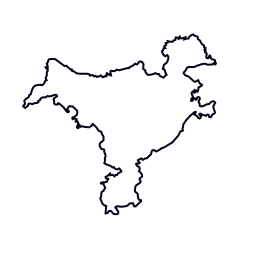 map outline of Haryana (Mercator projection), rotated 259°
{"feature_id": "IND-2430", "entity_name": "Haryana", "entity_type": "State", "adm_level": 1, "iso_a3": "IND", "parent_name": "India", "parent_adm1": "", "projection": "mercator", "projection_center": [76.236, 29.302], "detail": "fine", "context": "isolated", "style": "outline", "palette": "ink", "viewbox_px": 256, "rotation_deg": 259, "n_neighbors": 0, "source": "natural_earth", "source_scale": "10m", "svg_char_len": 5890}
<svg xmlns="http://www.w3.org/2000/svg" viewBox="0 0 256 256"><g transform="rotate(259 128 128)"><path d="M169.5,29.3L170.0,29.6L170.5,30.7L171.4,31.5L174.5,31.4L176.0,33.2L177.2,36.3L179.2,37.4L179.6,38.9L184.1,41.3L186.1,43.0L187.3,45.0L187.4,45.9L187.2,50.1L186.4,51.7L186.6,52.6L187.3,53.6L190.1,55.9L190.5,57.3L192.2,56.6L195.5,58.4L198.4,59.0L199.6,60.3L200.4,60.2L203.3,58.7L203.4,59.1L202.4,60.7L203.8,61.0L206.6,60.5L207.9,61.8L210.3,63.1L210.5,63.9L210.3,66.6L209.6,69.5L201.3,77.2L200.9,77.8L200.8,79.6L199.0,80.6L197.4,82.2L196.5,82.5L196.3,84.0L194.5,84.1L194.1,85.4L191.6,87.9L190.5,90.8L189.0,98.4L188.0,100.4L186.9,100.5L186.6,100.8L186.5,101.3L186.9,102.7L186.7,103.3L185.1,104.6L185.5,105.8L184.1,107.2L184.4,108.3L184.0,109.3L184.8,111.4L184.4,111.9L182.9,112.6L182.6,113.5L183.3,115.1L182.9,116.6L183.6,117.3L185.0,117.1L185.8,117.8L183.3,120.5L182.9,121.4L186.4,121.3L187.3,122.0L187.4,122.7L186.5,124.6L186.6,126.4L187.4,128.1L186.4,130.1L186.9,139.2L186.6,140.0L186.7,140.5L187.3,141.0L188.4,144.8L189.8,147.2L188.9,148.2L188.7,149.3L190.5,151.0L191.1,152.7L190.1,154.5L187.7,155.4L183.1,154.2L181.4,155.9L179.7,155.8L177.1,157.0L176.1,158.2L176.0,159.6L176.1,163.6L176.7,165.3L175.4,166.9L175.1,168.6L172.8,169.4L170.7,172.4L170.8,172.8L172.5,174.8L172.8,176.0L174.6,175.4L178.3,175.0L178.7,174.9L179.0,173.6L179.7,173.6L183.2,175.4L184.8,178.6L187.5,180.4L189.7,181.2L191.4,180.9L192.1,180.3L192.0,179.6L191.2,178.5L192.2,177.3L193.7,176.5L196.8,175.9L197.6,177.2L199.4,178.1L199.4,179.8L201.0,179.0L201.4,179.2L202.1,181.3L204.1,181.1L204.2,183.3L204.6,183.6L205.7,183.5L204.4,186.7L204.1,188.2L205.2,189.2L205.4,191.3L207.4,191.9L207.9,192.5L207.4,192.8L206.9,194.1L205.7,194.6L205.9,195.3L207.4,195.5L207.9,196.2L206.2,196.9L205.6,198.0L206.1,201.5L204.3,200.3L204.6,202.8L204.2,204.3L206.1,205.8L207.3,208.6L207.4,209.9L206.3,210.4L204.3,213.7L203.7,213.9L201.9,213.6L200.1,215.4L198.1,215.8L196.0,216.8L194.3,218.4L192.8,218.1L191.8,219.4L191.3,219.2L190.3,217.9L190.0,218.0L189.4,219.1L188.9,219.0L188.2,218.0L187.8,218.0L186.5,219.3L185.7,219.4L183.0,218.4L181.6,218.6L181.2,220.1L181.5,220.6L183.1,221.3L183.6,222.2L183.3,222.5L180.5,222.8L179.8,223.2L178.1,226.2L176.4,226.1L174.8,226.7L174.0,226.2L173.7,225.6L174.1,225.0L175.2,224.5L174.3,222.9L174.3,222.3L175.0,218.1L176.4,215.9L176.5,215.1L176.5,211.6L176.0,209.5L176.2,208.2L175.5,206.1L175.3,204.0L176.4,199.0L176.0,197.7L175.5,197.1L173.5,195.5L171.9,193.4L171.2,193.1L169.1,194.0L166.7,197.5L160.9,201.9L160.6,203.0L161.5,206.0L157.9,207.0L156.3,208.8L155.9,208.8L155.2,207.9L154.3,204.8L152.4,204.5L150.3,203.2L150.6,202.6L151.9,202.0L150.3,200.8L150.0,199.8L152.2,200.0L150.7,197.3L149.6,197.0L146.2,197.7L145.4,197.1L144.6,195.8L142.7,195.1L142.4,195.6L142.5,196.5L144.7,198.7L144.4,199.4L142.8,200.0L143.2,200.9L144.9,201.9L144.9,203.3L144.3,204.0L142.8,204.1L140.8,202.4L140.1,202.3L138.6,202.9L136.0,202.7L135.5,203.2L135.2,204.4L135.1,205.9L136.2,209.6L136.2,212.5L137.4,213.9L138.1,216.5L137.8,217.4L136.2,218.5L133.1,215.9L131.6,215.8L126.7,216.4L126.1,216.1L125.7,215.6L125.3,213.7L124.8,213.0L123.1,211.9L122.9,210.8L123.4,209.7L125.1,209.8L126.0,208.8L125.8,207.8L125.0,207.0L125.8,205.9L126.4,204.0L128.2,202.1L128.3,201.0L127.9,200.6L127.2,200.6L125.7,202.0L124.0,200.9L123.7,200.0L124.2,199.1L126.8,197.8L128.5,195.8L130.7,197.6L131.0,197.3L131.0,196.6L128.1,191.4L124.5,186.5L120.8,182.9L118.0,182.0L117.2,181.3L115.2,181.4L114.8,181.2L114.6,180.4L114.8,178.9L110.9,175.9L105.3,168.6L102.0,159.5L101.7,157.0L100.8,155.4L99.6,151.5L99.8,150.7L101.2,149.6L101.5,149.1L101.4,147.7L100.9,147.0L97.9,145.6L94.7,140.7L94.8,138.8L93.9,136.8L94.1,136.2L95.4,135.7L95.6,134.9L94.5,131.5L93.2,131.8L91.8,132.9L91.4,132.6L91.1,131.7L91.5,129.5L91.3,129.2L90.6,129.0L88.6,130.0L88.1,131.1L87.2,131.6L85.3,131.7L83.6,130.5L81.9,131.8L79.6,132.7L78.2,132.8L77.4,132.2L76.2,129.8L74.9,129.5L73.7,130.2L72.4,129.9L71.7,128.9L70.1,124.9L68.6,123.9L65.1,122.7L63.9,123.0L62.2,124.6L61.3,125.0L58.7,124.6L55.9,124.9L55.3,125.4L54.8,126.9L53.6,126.9L49.6,120.4L49.9,119.2L50.3,118.9L52.6,118.8L53.0,118.6L53.5,117.6L53.5,115.0L52.1,113.1L51.6,111.4L52.0,106.3L53.1,103.1L53.2,101.4L52.8,100.7L52.1,100.4L51.1,101.3L49.8,101.4L48.5,102.3L47.6,102.5L46.0,102.0L45.5,100.9L45.9,98.7L46.7,97.2L48.9,96.1L50.1,94.9L50.0,93.3L48.4,91.6L48.5,89.7L55.6,91.7L56.7,89.9L58.8,88.4L64.3,87.3L65.7,88.5L69.7,89.6L70.4,90.3L70.9,91.9L73.8,94.2L77.6,93.2L78.0,92.8L78.5,91.1L79.0,90.8L79.4,91.1L79.6,93.0L78.9,94.4L79.3,95.2L79.3,97.0L80.8,98.0L81.7,99.0L82.0,98.8L82.5,97.1L83.5,96.6L84.2,96.6L84.8,98.6L86.6,101.7L85.0,101.8L84.9,104.2L83.1,105.6L84.2,106.9L84.0,108.1L85.5,109.9L86.4,113.1L87.1,113.2L89.9,111.9L90.0,111.4L89.3,110.1L89.7,108.7L91.0,107.0L92.1,106.9L92.2,105.5L93.9,103.9L95.6,101.0L97.9,98.1L101.0,99.4L102.5,99.4L104.4,100.5L105.9,100.8L109.0,100.1L110.9,100.5L111.9,100.0L111.9,99.0L112.4,98.0L114.1,97.2L116.0,96.8L117.8,97.3L118.9,98.3L120.1,100.8L120.8,101.7L124.5,102.3L127.0,101.3L129.1,101.2L131.2,98.5L134.5,97.2L138.6,94.4L138.7,93.9L138.3,93.4L136.9,92.5L136.1,89.8L137.5,85.1L138.5,83.6L138.2,81.9L140.1,81.1L137.6,79.6L137.4,78.8L138.0,78.1L138.8,78.0L140.8,79.5L143.0,80.0L144.0,79.6L144.1,78.0L144.6,77.8L145.9,79.2L146.4,79.3L147.5,77.3L147.2,75.5L148.3,75.1L148.9,75.7L149.4,77.9L150.7,80.3L153.0,81.3L154.8,81.3L159.7,77.7L160.6,74.4L160.2,73.7L158.7,72.9L157.9,71.4L157.5,71.4L156.3,72.7L155.5,73.2L155.0,72.7L154.9,72.1L155.2,71.5L156.5,70.5L158.7,69.7L161.0,68.4L165.2,65.1L165.7,64.1L164.7,63.7L164.5,63.2L165.1,60.8L166.5,60.2L168.2,60.6L170.5,60.4L171.3,61.0L172.6,64.3L173.7,64.4L174.2,63.8L174.6,62.3L174.1,59.5L174.0,56.7L174.8,55.1L173.9,53.2L174.3,49.9L173.5,47.7L172.1,47.0L171.6,44.8L170.4,44.9L169.9,43.5L170.3,41.0L169.6,38.9L170.5,37.0L170.8,35.3L170.5,34.7L169.0,34.1L167.3,30.9L168.7,29.5L169.5,29.3Z" fill="none" stroke="#020617" stroke-width="2"/></g></svg>